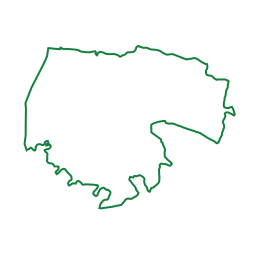 outline of Atsa, Al Fayyum, Egypt, rotated 186°
{"feature_id": "37247803B59509070430414", "entity_name": "Atsa", "entity_type": "district", "adm_level": 2, "iso_a3": "EGY", "parent_name": "Egypt", "parent_adm1": "Al Fayyum", "projection": "albers", "projection_center": [30.709, 29.208], "detail": "fine", "context": "isolated", "style": "outline", "palette": "green", "viewbox_px": 256, "rotation_deg": 186, "n_neighbors": 0, "source": "geoboundaries", "source_scale": "gbopen_adm2", "svg_char_len": 5742}
<svg xmlns="http://www.w3.org/2000/svg" viewBox="0 0 256 256"><g transform="rotate(186 128 128)"><path d="M99.5,67.3L99.1,69.3L98.6,70.8L97.8,70.9L97.1,71.1L95.7,72.5L93.7,74.3L92.0,76.5L91.7,77.2L91.4,78.1L91.5,81.7L91.9,84.0L92.2,85.2L92.4,87.5L92.8,89.0L92.8,89.7L92.7,90.6L92.5,91.1L92.2,92.0L92.3,93.0L92.5,93.6L92.5,94.6L92.3,95.1L91.7,95.9L90.6,95.9L89.4,96.1L88.3,96.1L86.9,96.0L85.4,95.7L84.3,95.2L82.7,94.9L82.0,95.0L81.2,95.9L81.0,96.4L80.6,97.0L82.0,98.5L85.0,100.4L88.3,103.3L88.8,105.4L89.1,108.7L88.8,109.4L89.0,110.8L89.4,111.6L91.7,115.6L91.9,116.4L92.1,116.9L93.3,117.6L93.7,118.6L94.1,120.2L96.8,121.8L104.3,126.1L105.2,133.4L104.7,134.0L103.9,134.7L102.8,135.4L101.1,136.2L100.1,136.6L98.5,137.3L96.3,137.9L94.2,138.5L92.1,138.9L91.4,138.1L91.2,137.7L91.0,137.2L90.5,136.9L88.4,136.6L87.0,136.7L84.7,137.1L82.3,136.8L78.6,135.7L76.1,135.3L75.2,135.0L73.1,134.3L65.9,132.7L63.4,132.2L59.7,131.3L56.0,130.6L54.6,129.9L50.9,128.1L48.2,126.7L45.3,125.5L40.4,123.6L38.6,122.3L37.9,122.1L36.7,122.9L36.9,123.2L35.9,124.5L35.7,125.2L35.8,126.4L34.8,128.5L34.0,130.5L33.8,131.3L33.9,133.3L33.4,134.8L33.1,135.4L33.0,137.1L32.5,138.2L32.4,138.7L32.6,139.9L32.8,140.8L34.3,143.9L34.1,144.8L34.0,145.5L33.7,146.3L33.3,146.9L33.0,147.8L32.7,148.8L32.4,150.1L32.6,150.7L33.2,151.8L33.2,152.6L32.5,153.5L31.0,153.9L29.9,154.0L25.0,152.1L24.1,151.6L23.7,151.6L23.6,151.8L23.4,153.2L23.6,153.5L24.4,155.4L24.8,156.6L26.8,159.8L27.2,159.8L27.7,159.6L28.9,159.1L29.9,158.3L30.6,158.5L32.7,158.2L34.5,158.9L35.0,160.1L35.1,160.8L35.3,163.4L34.9,165.7L35.1,167.9L34.7,169.3L34.5,170.0L34.3,172.8L34.3,174.4L34.2,175.8L33.9,176.7L33.4,177.4L33.1,178.8L33.2,181.1L32.8,184.4L33.1,185.3L33.7,185.3L33.8,185.6L36.5,186.4L44.2,185.6L44.8,185.2L47.9,186.5L48.4,187.4L48.9,187.7L49.1,187.9L49.8,188.2L50.2,188.5L50.6,188.7L52.6,188.6L55.1,189.1L56.0,190.2L56.2,191.3L56.5,192.7L56.3,193.2L56.2,194.1L55.8,194.6L55.7,195.1L55.4,196.5L55.4,197.1L55.8,198.6L56.0,199.7L58.1,199.9L61.8,201.4L63.3,202.2L64.5,203.0L68.1,204.5L69.6,204.4L71.4,203.8L76.6,202.4L78.3,202.6L87.8,205.2L89.8,205.8L90.7,206.1L92.6,205.9L93.1,205.9L94.1,205.7L95.9,205.1L97.1,205.1L98.0,205.2L99.6,205.8L101.0,206.3L103.8,207.8L105.6,208.4L108.2,208.5L108.9,208.7L113.3,208.5L114.2,208.7L115.4,209.0L116.8,209.6L119.1,209.7L121.0,209.3L122.2,209.6L125.8,210.3L125.9,210.7L127.7,209.8L128.2,209.0L128.3,207.6L128.6,206.9L129.4,205.3L130.4,204.4L132.2,203.8L133.4,203.6L134.4,203.4L136.3,203.2L137.4,202.4L137.7,201.7L139.0,200.6L140.8,199.7L142.1,198.8L142.8,198.2L143.7,198.2L145.3,199.2L146.4,199.7L147.9,199.8L149.5,200.1L150.6,200.1L152.8,199.7L155.4,199.4L158.3,199.6L158.7,199.8L160.2,200.4L163.3,200.9L164.2,200.7L165.7,199.6L166.0,198.1L166.5,197.1L168.0,198.3L168.0,200.2L168.6,200.9L172.2,199.9L173.9,199.3L175.5,199.2L177.6,199.0L179.9,199.1L181.8,199.0L185.0,199.8L185.0,200.1L187.8,200.5L196.2,200.3L199.5,200.0L200.6,199.8L203.5,200.9L203.6,199.3L208.7,199.1L212.0,199.2L215.6,199.1L216.0,191.2L216.7,188.4L219.0,181.9L224.5,167.6L228.2,158.1L232.6,142.0L231.5,136.3L230.4,124.0L229.0,109.8L229.2,101.3L226.5,95.4L226.2,95.9L224.1,96.7L223.8,97.1L223.3,97.8L223.1,98.1L222.6,98.3L221.9,98.0L221.2,97.5L219.9,96.3L218.9,95.9L218.2,95.9L217.8,96.6L217.7,97.3L217.8,99.6L217.1,101.1L216.6,101.7L216.1,102.1L214.9,102.6L213.7,102.7L212.8,102.5L211.4,102.0L210.7,102.1L209.7,102.8L209.4,103.7L209.2,104.2L209.1,105.3L208.6,105.8L207.9,106.2L207.3,106.6L206.3,106.6L205.5,104.9L206.2,104.3L207.2,103.4L207.6,103.0L207.5,102.0L207.2,102.0L206.7,102.2L205.8,102.6L205.3,102.9L204.8,103.1L204.1,103.2L203.6,103.0L203.0,102.0L203.1,100.9L203.5,100.0L204.6,99.0L205.3,98.6L206.0,98.6L206.7,98.4L208.6,97.2L208.0,96.0L207.3,95.5L206.4,95.1L205.7,94.4L205.3,93.7L205.4,92.1L205.4,91.1L205.0,88.6L205.3,86.8L204.5,86.0L204.2,85.5L203.5,85.0L202.6,84.7L200.3,84.8L199.8,84.6L199.4,84.5L198.9,84.3L198.5,84.0L198.0,83.3L197.8,82.8L197.2,82.3L196.7,82.1L195.8,82.2L193.7,82.4L193.0,82.3L192.9,81.7L192.8,80.7L193.0,80.0L193.3,79.1L195.0,77.3L195.3,76.1L194.9,75.6L194.0,74.7L193.2,75.4L192.5,76.0L192.0,76.7L191.6,77.2L191.3,77.6L189.8,79.6L188.4,80.3L187.6,80.7L186.5,80.6L186.0,80.2L185.6,79.7L184.9,78.9L184.0,78.0L181.8,76.2L180.6,75.2L179.4,74.0L179.3,73.7L179.1,73.3L178.7,70.9L179.2,70.3L180.7,69.1L181.5,68.0L181.8,66.6L180.9,64.7L180.4,64.7L179.9,64.9L179.0,65.8L178.0,66.5L177.7,66.9L177.1,67.1L176.8,67.3L174.3,67.2L174.2,67.6L173.5,69.1L172.9,69.7L172.0,70.1L171.5,70.1L170.1,69.4L168.6,68.4L167.7,67.2L167.2,66.9L165.9,67.0L165.4,67.3L164.7,67.5L163.0,67.6L161.8,67.8L160.6,67.7L159.3,67.9L157.9,67.9L156.7,68.0L153.6,67.9L152.7,67.9L152.0,67.6L151.8,67.1L151.8,66.6L152.7,64.3L153.2,63.6L154.9,61.6L155.6,60.5L155.7,59.1L154.1,57.4L152.7,57.1L151.5,57.7L151.3,58.0L151.2,59.3L150.9,60.3L149.4,64.2L146.9,65.9L145.8,66.1L145.5,65.9L143.8,64.6L142.8,64.3L142.6,64.4L141.8,64.6L141.2,64.3L140.5,63.8L139.6,63.3L139.2,63.0L138.9,62.5L138.7,61.8L138.7,61.1L138.8,60.4L139.0,60.0L139.6,58.4L139.9,57.6L140.2,56.0L140.4,55.3L141.2,54.5L142.4,54.5L144.2,53.8L144.8,53.4L146.5,51.2L147.5,49.1L147.8,47.5L147.9,46.8L147.9,45.9L148.0,45.4L146.1,45.3L145.4,45.5L137.7,47.5L135.7,47.9L134.5,48.3L131.1,49.5L129.3,49.9L126.6,50.9L125.3,52.7L123.8,55.1L123.3,56.0L122.4,57.1L120.4,57.9L119.7,57.7L118.3,57.8L117.1,58.0L115.9,58.7L114.5,60.0L112.7,61.1L111.6,62.2L111.1,63.3L110.8,64.5L111.4,65.2L113.6,67.7L113.9,68.9L115.0,70.3L115.8,71.1L117.4,72.6L119.2,74.7L120.7,76.0L121.4,77.0L120.8,79.5L120.1,79.5L117.6,79.3L116.8,81.0L116.1,81.1L115.1,80.7L111.4,82.3L109.9,81.8L108.1,81.0L106.8,79.8L106.4,79.1L106.2,78.4L106.5,76.8L105.2,73.2L103.9,72.1L103.2,71.2L102.6,70.0L102.1,68.6L101.7,67.8L100.6,67.1L99.9,66.8L99.5,67.3Z" fill="none" stroke="#15803d" stroke-width="2"/></g></svg>